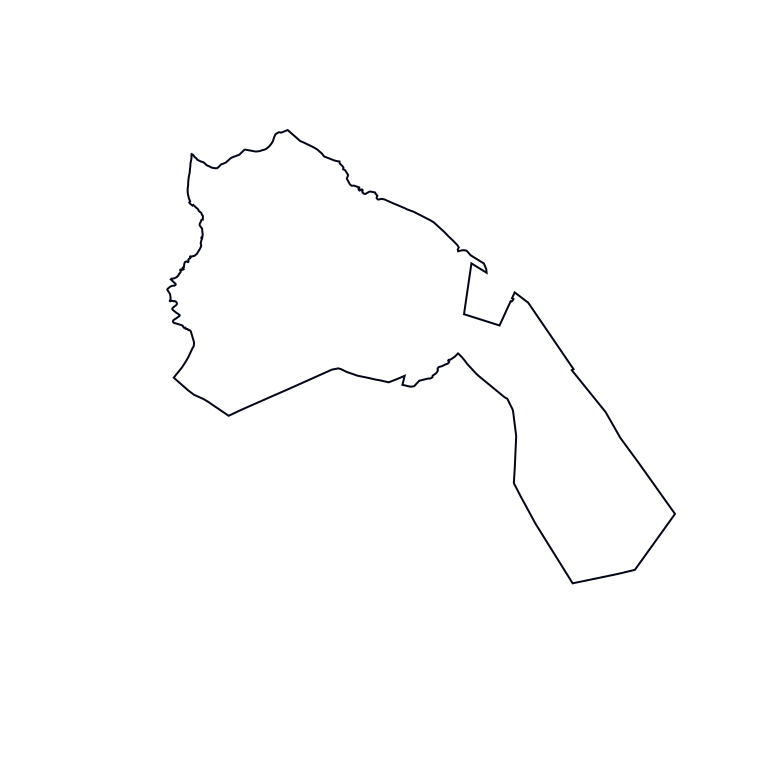 San Antonio, San Luis Potosí, Mexico, rotated 53°
{"feature_id": "50627088B33273723403959", "entity_name": "San Antonio", "entity_type": "district", "adm_level": 2, "iso_a3": "MEX", "parent_name": "Mexico", "parent_adm1": "San Luis Potosí", "projection": "natural_earth1", "projection_center": [-98.884, 21.619], "detail": "fine", "context": "isolated", "style": "outline", "palette": "ink", "viewbox_px": 768, "rotation_deg": 53, "n_neighbors": 0, "source": "geoboundaries", "source_scale": "gbopen_adm2", "svg_char_len": 6112}
<svg xmlns="http://www.w3.org/2000/svg" viewBox="0 0 768 768"><g transform="rotate(53 384 384)"><path d="M676.8,310.7L683.4,295.5L662.9,229.8L600.8,228.1L569.3,227.7L539.9,223.9L486.0,225.7L486.2,223.7L405.9,219.9L389.5,224.5L392.6,230.2L394.0,229.4L394.7,230.9L394.8,232.0L394.9,232.4L394.1,233.0L406.8,256.5L376.4,278.1L340.3,241.6L356.9,235.1L353.8,233.2L347.9,231.7L333.4,237.3L327.3,237.8L325.3,239.6L324.0,241.6L322.6,244.9L321.0,244.2L319.9,242.1L317.7,241.8L311.5,242.5L305.1,243.6L298.5,244.4L292.2,245.6L286.9,246.6L284.8,247.0L281.5,248.3L264.4,256.6L258.7,260.3L255.9,261.7L243.0,269.2L237.7,272.1L237.0,272.5L236.2,273.1L235.5,273.8L234.9,274.3L234.5,274.9L234.0,276.1L233.6,276.8L233.4,277.4L233.0,277.8L232.4,277.9L231.7,278.0L230.9,277.9L230.7,277.8L229.8,276.4L229.8,276.2L229.5,276.0L228.9,276.0L226.7,276.2L225.9,275.9L225.6,275.9L224.4,277.0L222.5,278.7L221.8,279.5L221.5,280.6L221.0,284.7L219.3,285.8L217.4,285.7L216.4,284.4L215.4,284.5L215.0,285.8L214.8,287.1L214.3,287.3L213.4,287.2L212.7,286.8L212.9,285.9L212.0,285.5L207.5,288.6L206.2,290.5L204.0,291.1L197.6,290.1L196.6,288.5L195.5,286.9L192.3,286.6L190.0,286.4L188.9,286.8L188.0,287.4L187.2,286.7L186.6,286.1L184.7,286.1L181.3,286.6L179.5,285.6L178.2,287.0L175.5,289.2L166.2,294.9L162.8,294.9L161.2,295.2L156.1,296.3L152.5,297.9L150.8,298.7L149.2,299.5L142.1,303.2L139.5,304.7L123.2,308.1L121.4,314.9L120.3,315.7L119.6,316.7L119.2,320.2L120.7,323.1L123.3,326.7L124.3,329.3L125.0,332.0L125.3,334.3L125.2,337.5L124.5,339.4L123.8,341.0L123.4,342.7L122.9,343.5L122.3,344.8L120.9,346.8L113.9,353.2L113.2,353.9L113.0,354.8L113.8,361.6L111.4,369.8L111.8,375.6L112.0,376.5L111.2,380.2L110.6,381.7L111.0,384.4L111.2,386.3L111.2,387.3L110.2,388.9L107.4,391.5L105.3,392.4L102.7,393.9L98.8,394.6L98.1,394.9L96.3,396.2L92.7,398.1L90.7,398.1L88.5,398.7L87.0,398.5L85.9,398.6L84.6,399.3L85.4,400.1L87.4,401.5L88.8,402.9L90.0,404.2L91.2,405.7L93.4,407.5L95.7,409.7L98.2,411.9L100.5,414.6L102.4,416.5L104.0,418.0L105.3,419.2L107.2,420.6L107.8,421.3L109.1,422.5L109.7,423.1L110.0,423.4L110.5,423.9L111.2,424.2L111.9,424.8L112.8,425.4L113.4,425.8L114.1,426.2L114.5,426.4L115.4,426.8L116.4,427.2L117.2,427.6L118.1,428.0L118.8,428.2L119.2,428.4L119.6,428.4L120.0,428.5L120.4,428.5L120.6,428.7L121.2,428.9L121.6,429.0L121.7,429.8L122.0,430.4L122.7,430.4L124.1,430.1L126.3,429.6L126.3,428.6L126.7,428.7L128.0,428.2L129.2,428.1L130.7,427.7L131.9,427.5L132.3,427.4L132.7,427.4L133.3,427.5L134.1,427.7L134.7,427.7L135.2,427.6L136.1,427.3L136.8,427.1L137.6,427.0L138.1,427.1L138.7,427.4L139.4,427.6L140.3,427.4L141.1,427.7L141.9,428.3L142.6,428.9L143.2,429.4L143.7,429.9L143.4,430.2L143.1,430.8L143.2,431.4L143.7,432.0L144.1,432.4L144.8,434.2L145.2,434.8L146.0,435.5L146.5,435.7L147.5,435.8L148.8,435.8L150.0,435.8L150.3,435.7L151.0,436.2L153.2,437.5L154.7,438.3L155.8,439.1L156.2,439.5L156.9,440.2L157.4,440.7L157.0,441.1L157.1,441.7L157.4,442.0L158.2,441.7L159.1,443.0L159.7,443.8L160.4,444.6L161.0,445.4L161.8,446.0L162.6,446.3L163.1,446.5L163.6,446.8L164.0,447.3L164.4,448.0L165.5,450.2L165.9,451.2L166.8,453.5L167.3,454.7L167.5,455.2L167.5,455.6L167.5,456.5L167.6,458.2L167.1,459.1L166.8,460.0L166.5,460.7L166.4,460.9L166.1,461.2L165.7,461.6L165.5,461.9L165.5,462.2L165.7,462.4L165.9,462.5L166.6,462.6L166.8,462.6L166.9,463.2L166.7,464.8L166.8,465.0L166.9,465.3L167.2,465.6L167.4,465.7L167.9,466.0L168.3,466.3L168.6,466.6L168.8,467.0L168.7,467.2L168.3,467.4L167.8,467.7L167.4,467.9L167.0,468.4L166.9,469.0L166.9,469.3L167.0,469.7L167.1,470.1L167.8,471.1L168.6,471.9L169.5,472.8L170.1,473.4L170.4,473.7L170.5,474.1L170.2,474.4L170.0,474.5L170.0,474.8L170.3,475.0L170.7,474.9L171.0,474.7L171.2,474.8L171.5,474.8L171.8,474.9L171.8,475.0L171.8,475.3L171.7,475.8L171.4,476.3L171.1,476.4L170.5,476.9L170.2,477.5L170.1,477.8L170.3,478.1L170.6,478.3L170.8,478.2L171.0,478.1L171.4,478.1L171.6,478.5L172.0,478.9L172.4,479.6L172.6,480.1L172.7,481.2L173.2,482.3L173.6,483.0L173.7,483.7L173.7,484.4L173.9,485.1L173.9,485.6L173.6,486.6L173.4,487.9L172.8,489.0L172.4,489.8L172.0,490.3L172.1,491.3L174.3,490.9L176.4,490.6L178.5,490.2L179.2,490.5L179.4,491.1L179.3,492.2L178.6,493.4L178.0,494.4L177.7,495.6L177.6,496.9L177.7,498.3L177.8,499.6L178.3,500.3L179.2,500.4L180.0,500.4L181.6,500.6L182.8,500.7L183.9,501.0L184.8,501.5L186.3,502.3L187.2,502.9L188.1,503.6L188.4,504.4L188.5,504.9L188.9,505.1L189.3,505.0L189.6,504.1L190.6,502.6L191.5,502.0L192.0,501.1L193.2,500.6L194.3,500.6L195.2,501.0L195.7,501.7L196.0,502.9L196.0,504.2L195.9,505.5L196.1,506.8L196.3,507.6L196.7,507.9L197.1,508.1L197.7,508.1L199.3,507.7L201.6,507.1L202.6,506.8L203.8,506.3L205.5,505.8L205.8,505.7L206.2,505.9L206.5,506.2L206.6,506.6L206.5,508.9L206.5,510.7L206.3,512.5L206.3,513.6L206.4,514.0L206.6,514.4L207.1,514.9L207.6,515.1L208.2,515.2L209.3,514.7L210.0,514.0L212.4,512.2L214.1,511.1L215.3,510.1L216.4,509.7L216.8,509.8L217.2,509.9L218.1,509.9L218.7,509.9L219.3,509.0L219.5,508.8L219.9,509.2L220.1,509.3L220.3,509.3L220.6,509.1L221.0,508.8L221.3,508.5L221.9,507.8L223.3,507.8L223.9,506.9L225.7,506.6L236.6,510.7L239.3,513.2L240.0,515.1L243.5,521.7L245.0,524.5L247.4,530.4L249.4,536.1L251.0,542.6L252.4,548.1L256.1,547.4L271.7,544.1L278.3,542.2L287.4,537.2L292.8,535.0L297.1,533.6L315.9,527.2L318.6,514.1L325.0,486.8L326.1,482.1L330.6,463.2L341.0,417.7L341.2,416.9L344.0,411.1L346.4,409.3L351.8,406.6L361.5,400.1L370.2,392.4L374.8,388.6L379.3,384.4L383.4,381.0L385.5,379.2L387.7,371.4L389.9,362.6L395.8,369.8L398.1,367.8L401.3,365.2L402.3,364.2L402.7,363.5L403.3,362.4L403.9,361.1L402.6,353.8L402.7,353.6L406.1,345.7L407.4,343.8L407.8,341.3L406.6,340.1L406.7,338.2L406.8,336.4L406.5,334.8L406.3,334.2L405.6,332.8L404.2,332.0L403.8,331.8L403.4,330.1L404.5,327.3L404.9,325.9L405.2,323.7L405.8,321.8L406.1,320.5L405.6,318.6L404.0,318.7L403.6,317.9L404.5,316.5L404.6,314.4L404.8,311.1L404.1,306.5L405.1,306.2L410.1,305.6L414.3,305.4L417.9,305.5L431.5,304.1L434.7,303.5L466.7,295.8L467.8,295.4L470.0,294.4L478.8,296.1L481.3,296.5L483.4,297.3L505.2,309.8L530.6,330.8L541.0,339.7L542.1,340.1L556.2,342.5L586.8,347.1L656.7,353.3L676.8,310.7Z" fill="none" stroke="#020617" stroke-width="2"/></g></svg>